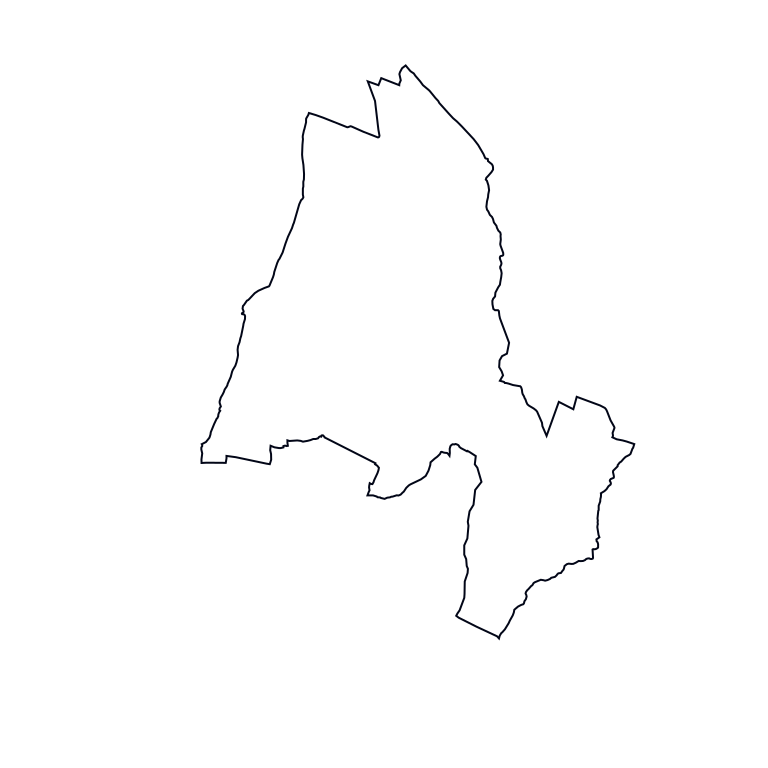 Cuaxomulco, Tlaxcala, Mexico, rotated 64°
{"feature_id": "50627088B93382827511262", "entity_name": "Cuaxomulco", "entity_type": "district", "adm_level": 2, "iso_a3": "MEX", "parent_name": "Mexico", "parent_adm1": "Tlaxcala", "projection": "albers", "projection_center": [-98.088, 19.345], "detail": "fine", "context": "isolated", "style": "outline", "palette": "ink", "viewbox_px": 768, "rotation_deg": 64, "n_neighbors": 0, "source": "geoboundaries", "source_scale": "gbopen_adm2", "svg_char_len": 6165}
<svg xmlns="http://www.w3.org/2000/svg" viewBox="0 0 768 768"><g transform="rotate(64 384 384)"><path d="M616.2,257.6L613.6,257.3L606.1,255.0L604.3,253.8L603.7,253.2L602.0,252.7L600.5,251.7L598.5,251.1L591.9,247.0L591.4,246.3L587.5,244.4L584.4,241.2L582.3,240.0L580.5,238.5L578.1,237.2L577.3,237.0L576.9,232.8L576.1,230.1L574.3,227.1L573.7,224.4L572.9,223.7L571.8,223.4L570.0,223.5L569.3,222.9L568.8,221.8L569.0,219.0L568.9,218.5L567.9,217.9L566.5,217.5L563.5,216.8L562.4,216.0L560.4,210.1L559.4,209.6L557.9,206.6L557.7,204.8L556.2,201.3L555.4,198.8L555.3,194.7L554.9,193.1L551.1,189.1L550.5,188.0L547.7,185.4L542.1,191.1L539.3,194.3L535.7,199.1L532.0,202.1L531.3,201.2L530.5,200.7L528.2,200.0L524.6,196.2L524.0,195.9L522.5,195.9L516.1,196.3L506.3,195.5L504.2,195.5L502.3,196.0L498.0,199.2L480.0,216.4L489.7,224.9L476.7,234.7L501.9,260.6L491.3,260.1L488.1,259.0L476.0,258.5L474.3,258.9L471.6,260.2L467.2,263.1L465.2,264.0L462.9,264.0L459.7,263.6L458.8,263.8L456.2,263.6L453.9,263.8L452.3,263.5L449.4,262.5L447.0,262.2L445.8,262.5L441.5,268.5L438.3,271.8L436.8,273.6L436.0,275.0L435.0,275.1L434.3,275.7L431.9,278.4L428.4,273.2L424.2,272.7L419.3,273.1L413.5,269.8L410.7,265.7L410.6,260.2L401.8,253.5L375.9,251.0L373.0,250.3L368.8,248.8L367.6,249.2L366.4,251.8L364.5,252.8L360.0,251.6L356.8,250.2L355.2,248.5L354.0,245.8L350.7,243.8L347.1,238.9L345.6,236.3L343.1,234.6L339.3,231.8L336.0,229.7L333.1,228.9L331.0,228.8L329.6,228.2L328.1,226.3L327.0,225.5L325.8,225.2L323.0,225.0L321.6,224.7L320.7,224.1L320.3,223.6L320.2,222.9L320.6,221.3L320.5,220.6L320.2,220.2L319.6,219.9L318.4,219.4L310.8,218.6L309.2,218.2L305.4,215.7L302.1,214.4L300.7,213.5L298.8,213.1L296.3,214.0L293.1,214.0L291.1,213.6L287.0,214.4L283.5,213.7L281.2,213.7L278.4,214.7L274.5,214.6L272.5,215.0L269.6,214.3L264.9,211.3L261.7,208.6L259.3,207.2L255.9,204.6L251.3,203.1L246.5,202.4L244.9,202.9L243.5,201.6L242.6,199.1L240.6,194.4L239.1,192.0L237.0,191.0L235.4,190.6L233.8,190.7L229.3,192.8L227.2,192.1L225.8,193.8L225.3,194.0L221.1,193.8L210.5,194.6L203.1,196.1L186.7,201.1L180.0,203.4L175.4,205.4L169.5,207.2L155.8,211.1L153.4,211.2L149.5,212.4L141.3,214.3L139.9,214.7L132.5,218.0L128.0,218.8L120.7,220.7L117.9,221.1L115.4,222.6L114.1,223.2L107.2,224.9L108.1,229.3L110.7,232.9L112.2,234.3L118.4,235.8L120.7,238.5L122.1,239.3L107.9,252.4L113.0,258.0L104.9,265.9L125.7,268.0L153.1,277.6L158.8,279.2L159.7,280.0L159.9,280.7L159.7,281.4L148.2,292.0L138.3,300.3L137.6,301.2L137.4,303.7L137.1,304.5L118.0,321.9L112.4,327.4L107.5,332.7L108.9,334.0L111.3,337.6L112.7,338.4L114.6,339.3L120.0,343.8L121.0,344.8L125.2,348.1L126.4,348.8L128.4,349.5L133.2,352.4L142.0,357.1L145.4,358.4L151.8,360.4L160.2,363.8L165.0,366.3L166.9,367.9L171.1,369.9L172.9,371.3L178.2,373.9L180.8,374.6L181.3,375.2L182.0,376.4L182.4,377.9L185.3,381.4L199.6,394.3L200.9,395.8L203.6,398.4L209.6,405.8L214.6,411.0L221.4,417.5L225.7,423.1L226.3,424.4L228.4,426.9L235.2,433.5L237.3,435.0L239.3,436.9L245.4,443.8L245.8,444.7L245.3,449.2L245.1,456.0L245.7,460.4L248.6,468.0L249.0,469.3L249.0,470.7L251.5,475.1L252.1,476.6L254.3,478.1L257.2,478.3L257.9,478.9L258.1,480.5L258.5,480.9L259.0,480.9L260.1,479.3L260.9,479.0L262.1,479.1L264.7,480.5L268.2,483.8L270.1,485.1L278.3,491.4L280.0,493.1L283.1,495.5L286.0,498.6L289.1,500.6L294.0,502.5L296.1,504.0L299.9,507.1L302.4,509.6L305.0,513.6L306.3,515.1L310.4,518.6L315.3,524.4L316.5,525.4L317.4,526.6L319.1,529.6L321.0,531.5L322.7,533.7L324.6,536.6L327.5,539.3L328.9,540.0L332.7,540.5L333.8,542.4L334.7,543.1L335.6,543.3L336.3,543.0L337.2,544.6L338.3,545.8L339.4,546.7L340.2,547.0L341.6,548.7L341.9,549.7L345.5,554.2L351.4,560.8L353.3,562.1L355.2,563.9L355.8,564.6L358.1,569.5L358.2,574.1L358.7,574.0L360.1,574.6L361.0,576.0L362.8,576.9L366.7,577.8L371.7,581.1L375.0,582.6L377.0,577.9L385.5,560.8L381.7,558.1L379.6,557.1L384.8,549.3L404.1,524.5L406.0,521.8L402.6,518.6L397.4,516.2L393.6,515.3L389.8,513.0L392.9,510.2L395.6,506.4L396.3,505.0L396.9,502.2L395.7,501.6L396.0,500.0L397.1,498.7L397.4,497.5L394.6,496.6L392.3,495.5L393.8,493.9L396.7,486.7L398.6,483.8L400.3,482.1L401.6,477.6L402.2,474.6L402.4,471.8L403.5,469.5L403.9,467.1L403.2,465.8L403.1,464.3L403.8,463.5L402.9,462.6L403.1,461.9L403.5,461.3L405.5,460.7L406.0,460.8L451.5,426.4L452.2,427.2L454.4,425.9L457.1,425.3L459.1,426.8L461.3,429.0L466.3,435.2L467.7,436.5L468.9,438.3L468.2,439.4L466.9,440.3L469.0,441.9L470.5,442.8L473.2,443.6L474.2,444.9L476.9,447.7L479.3,442.7L482.0,439.8L482.9,439.5L484.3,437.2L485.0,436.8L485.7,436.0L487.5,433.8L487.6,430.9L488.5,428.3L488.5,426.9L489.0,425.6L489.6,421.4L490.6,419.8L490.7,417.5L489.8,415.0L489.4,413.4L487.1,409.5L486.0,406.1L485.8,404.2L485.9,392.7L484.9,386.8L481.4,382.0L477.2,378.0L474.8,376.5L473.3,371.2L472.7,368.0L471.5,364.4L470.1,362.6L470.3,361.8L471.7,360.5L472.6,359.3L473.6,357.6L475.0,357.0L477.2,356.6L474.9,355.1L471.1,353.4L469.0,351.6L468.5,350.5L468.2,348.9L469.2,347.1L469.2,346.2L469.9,345.3L471.2,344.2L472.2,343.8L473.5,343.8L475.3,343.0L480.9,338.9L480.7,338.3L482.7,336.9L489.0,333.1L496.0,337.6L500.2,336.8L514.7,339.3L519.2,348.5L531.8,356.5L535.9,362.9L544.6,369.1L548.4,370.2L559.4,376.8L564.2,382.6L572.6,386.7L577.4,386.9L583.8,389.4L586.9,389.6L590.5,391.7L596.9,398.0L608.1,403.7L611.4,405.6L620.6,415.3L622.5,418.7L624.0,420.7L626.8,419.3L642.6,407.3L660.3,393.0L663.1,392.2L660.9,390.3L659.3,387.8L659.0,386.5L657.5,382.9L653.7,376.9L651.8,374.6L648.4,369.7L646.3,367.5L644.0,365.8L642.8,361.1L642.7,357.5L643.0,355.3L642.4,354.3L640.8,353.0L639.6,350.8L637.6,349.0L636.1,348.6L634.4,348.6L633.3,347.7L632.2,345.8L631.6,343.9L630.1,340.3L629.9,338.9L628.5,336.8L628.3,335.2L628.7,328.9L630.3,326.6L631.4,325.4L631.9,323.0L632.0,320.3L631.5,318.6L632.3,314.9L631.6,312.6L631.1,311.9L630.6,310.3L631.4,307.8L630.2,305.6L629.6,304.1L628.8,303.2L626.7,301.5L626.1,298.7L626.4,296.8L627.9,294.4L628.6,292.8L628.7,290.0L628.4,286.6L629.4,284.9L630.3,282.7L630.4,280.5L630.0,279.4L630.0,277.9L630.6,276.1L631.6,275.3L632.2,274.4L632.4,273.5L632.4,272.8L631.6,272.2L624.2,269.1L624.1,268.4L624.9,267.1L625.2,265.9L625.1,263.9L624.7,263.2L621.9,261.8L619.9,261.4L618.6,261.8L616.8,261.2L616.2,257.6Z" fill="none" stroke="#020617" stroke-width="2"/></g></svg>